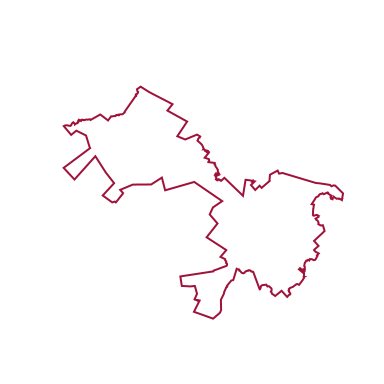 Villa Hidalgo, San Luis Potosí, Mexico, rotated 308°
{"feature_id": "50627088B95617722070364", "entity_name": "Villa Hidalgo", "entity_type": "district", "adm_level": 2, "iso_a3": "MEX", "parent_name": "Mexico", "parent_adm1": "San Luis Potosí", "projection": "orthographic", "projection_center": [-100.656, 22.682], "detail": "fine", "context": "isolated", "style": "outline", "palette": "rose", "viewbox_px": 384, "rotation_deg": 308, "n_neighbors": 0, "source": "geoboundaries", "source_scale": "gbopen_adm2", "svg_char_len": 5937}
<svg xmlns="http://www.w3.org/2000/svg" viewBox="0 0 384 384"><g transform="rotate(308 192 192)"><path d="M109.0,260.0L108.9,260.5L109.5,261.5L109.7,263.0L110.3,262.9L111.2,264.8L98.8,267.3L105.2,286.6L114.1,288.4L116.9,287.6L124.9,281.1L130.9,279.9L132.3,279.4L133.2,278.8L134.5,278.6L135.3,278.3L136.7,278.1L137.2,277.8L137.6,277.8L138.2,278.0L138.3,277.7L139.4,277.8L139.5,277.5L139.8,277.5L140.0,277.3L146.4,277.5L148.1,278.7L159.0,274.5L159.2,275.8L159.9,276.5L159.9,277.1L159.1,277.7L159.4,278.6L159.3,279.2L158.9,280.7L159.2,281.6L159.6,282.6L160.6,283.1L162.0,283.0L162.7,283.4L163.1,283.4L163.4,283.8L164.1,284.1L164.3,284.6L164.8,285.0L165.2,284.8L165.8,285.5L166.0,286.1L166.0,286.6L166.1,287.0L165.8,287.5L166.3,288.8L166.7,289.0L166.7,289.5L156.5,306.0L156.9,305.6L157.3,305.3L158.5,305.2L159.5,304.6L160.4,304.3L161.5,304.6L161.9,304.8L164.7,307.6L164.0,309.6L164.9,310.3L165.2,311.2L165.1,311.5L164.9,313.9L164.6,314.4L163.7,315.2L162.0,315.5L162.1,316.2L161.1,317.5L161.3,321.6L169.3,323.4L167.9,331.6L170.1,331.7L170.8,331.8L171.3,332.3L172.2,332.3L172.7,331.8L173.0,330.8L173.0,330.4L173.1,330.0L173.4,329.9L173.6,329.2L173.7,328.8L174.0,328.7L174.2,328.8L174.6,328.8L175.5,328.4L175.5,328.1L176.7,328.3L179.3,329.9L183.4,331.0L183.9,331.3L184.4,331.8L184.7,333.5L187.6,333.5L191.1,333.4L192.8,333.1L193.2,333.2L193.7,332.4L194.2,332.6L194.0,332.3L196.7,330.6L196.9,323.9L198.5,324.0L198.3,329.6L198.6,329.6L198.8,329.2L199.4,329.1L199.5,328.9L199.7,328.7L199.9,328.7L200.1,328.4L200.4,328.4L200.4,328.1L200.6,328.3L200.8,328.0L201.6,327.5L201.9,327.5L202.6,326.7L202.7,326.1L203.2,325.7L203.4,325.7L203.8,325.5L204.5,325.0L205.3,324.8L205.8,324.5L206.6,324.6L207.4,324.3L207.9,324.3L208.5,324.4L208.8,325.1L210.0,325.2L210.2,326.6L211.7,326.2L212.7,327.6L213.0,328.3L213.2,329.9L214.6,330.9L218.9,330.2L219.0,329.5L221.6,329.7L221.0,326.3L221.2,324.2L221.7,323.8L227.4,324.9L228.6,318.3L242.9,320.5L246.4,315.6L245.3,314.6L245.1,314.3L244.9,314.0L244.7,313.6L244.8,313.3L244.4,311.4L245.5,310.8L245.7,310.5L246.4,309.6L246.7,308.7L246.7,307.4L246.6,307.0L246.7,306.6L247.0,305.8L250.3,307.0L250.5,306.8L250.9,306.2L251.1,306.3L251.0,305.3L250.8,305.0L250.8,304.5L250.5,304.1L250.3,304.0L250.1,303.8L248.5,302.8L248.1,302.2L248.2,301.9L248.3,301.4L248.5,301.2L249.3,300.9L251.2,299.3L252.5,298.6L253.2,297.9L254.0,297.7L254.9,297.1L257.1,295.9L256.1,293.8L261.9,293.3L263.8,293.0L265.1,293.4L266.3,294.2L267.5,294.1L268.1,293.9L268.7,294.2L269.2,294.2L269.9,294.7L270.1,295.1L270.8,295.4L270.7,295.5L271.3,296.1L271.5,296.3L271.4,297.2L275.2,299.2L275.2,299.7L274.5,299.9L274.9,303.9L274.0,303.8L273.7,304.1L273.7,304.3L273.2,304.4L273.0,304.5L273.1,305.3L272.3,305.6L272.8,307.2L275.5,306.3L275.7,310.1L277.0,311.4L277.0,312.1L277.5,312.3L277.9,315.1L278.9,314.5L279.3,314.5L279.3,314.3L283.9,311.9L285.2,300.9L284.3,299.4L282.4,298.4L282.4,298.2L282.5,296.3L277.5,287.4L275.3,283.9L262.7,251.6L260.1,249.3L261.6,246.3L253.6,242.8L249.0,245.8L248.7,246.4L238.1,244.3L238.6,241.4L232.5,240.6L233.8,234.2L239.0,234.9L238.3,233.6L237.7,233.2L238.4,233.1L238.6,232.9L237.7,232.2L236.7,230.2L234.6,226.7L220.4,234.5L223.1,208.8L218.9,208.1L218.8,207.0L218.5,207.0L218.6,206.2L218.5,205.2L217.1,205.1L217.0,204.2L216.7,204.2L216.7,203.0L217.9,203.0L218.0,202.6L218.7,201.1L220.1,201.4L220.3,201.7L221.1,202.1L220.5,201.2L219.9,201.0L220.0,200.5L219.6,199.6L221.3,199.3L221.7,199.6L221.9,200.1L222.6,201.6L222.9,202.1L223.0,202.1L223.3,201.6L224.0,199.9L224.2,199.6L224.7,199.2L225.0,199.0L225.5,198.6L225.8,197.4L226.2,196.7L226.3,196.1L226.8,194.5L227.5,193.7L227.9,193.5L228.0,193.2L227.7,192.7L228.9,192.0L225.6,186.5L226.2,186.2L227.4,186.2L228.3,185.0L226.8,180.9L233.5,181.1L233.6,180.9L233.5,180.4L233.1,180.4L232.9,180.0L234.0,180.3L234.2,179.5L233.9,178.8L233.2,178.7L233.2,178.9L232.9,178.1L233.2,178.0L233.6,177.8L232.9,176.6L232.6,176.8L232.5,176.7L233.1,176.0L233.0,175.2L232.6,174.7L233.2,174.7L233.5,174.5L233.8,173.5L234.5,172.6L235.2,171.0L235.6,169.1L235.8,164.8L236.2,164.8L237.2,164.3L238.1,164.2L239.6,164.2L239.9,164.3L240.1,164.2L240.1,164.3L240.3,164.2L240.8,164.2L240.3,160.6L229.2,154.3L226.9,146.1L244.5,144.8L241.0,122.5L249.2,122.6L244.9,99.7L244.3,96.1L243.4,86.7L239.1,85.4L237.9,86.8L237.7,87.9L236.9,88.3L236.2,88.4L235.9,88.1L234.8,88.2L234.3,88.4L233.9,88.5L233.9,88.2L233.3,88.7L233.1,88.3L232.8,88.5L213.8,89.5L213.5,89.9L213.0,90.0L212.7,89.8L210.9,89.5L210.1,89.0L208.8,87.4L208.5,87.3L207.7,87.3L207.6,87.1L207.3,86.9L207.3,86.7L207.1,86.4L207.3,86.1L207.1,86.0L206.9,86.1L206.8,85.9L206.4,85.4L206.1,85.3L206.0,84.9L204.7,84.9L203.3,83.2L202.7,82.9L202.0,82.1L201.9,81.7L196.7,81.8L196.6,72.0L186.3,67.7L186.4,67.3L186.2,66.7L186.3,66.6L184.7,65.2L184.4,64.5L182.5,62.9L182.3,62.6L182.0,62.6L181.8,61.7L181.5,61.2L181.2,61.2L180.8,60.7L180.8,60.4L180.5,60.3L180.1,60.4L180.1,60.5L179.9,60.6L179.9,60.2L179.5,60.1L179.6,59.9L179.3,59.5L179.3,59.4L179.5,59.3L179.4,59.0L178.7,58.8L178.9,58.4L178.2,58.4L177.9,58.7L177.9,59.1L177.4,59.0L177.3,59.3L177.1,59.4L176.9,59.3L176.7,59.4L176.2,59.1L175.8,59.3L175.5,59.0L175.1,59.0L174.3,58.3L173.1,58.1L173.4,57.7L173.5,57.6L173.7,57.2L173.6,56.5L173.8,56.2L173.7,55.9L173.8,55.5L172.1,55.2L170.1,55.7L169.6,55.3L169.2,55.4L168.5,54.4L167.9,52.9L167.1,51.8L166.3,51.0L165.0,50.4L162.6,61.6L169.1,63.1L171.3,73.7L164.1,84.0L163.9,84.7L132.0,76.0L129.5,91.7L160.7,93.8L154.3,112.0L151.0,125.2L134.3,123.8L134.7,135.5L136.9,137.0L136.9,138.4L147.4,138.5L147.5,138.6L147.8,138.5L148.0,138.3L148.2,138.2L148.7,138.3L149.5,134.1L161.4,140.8L172.8,155.2L184.8,159.4L176.8,169.8L201.3,187.6L203.4,221.4L192.7,218.0L185.2,219.8L182.9,231.5L165.3,231.4L167.3,254.3L167.3,254.8L158.4,254.4L159.5,259.5L158.5,260.3L158.4,261.6L158.2,262.0L157.1,262.4L157.0,263.7L156.1,264.5L155.1,264.7L143.3,257.4L142.6,257.7L118.3,234.8L111.7,241.8L116.5,248.7L119.7,252.1L114.9,258.6L109.5,260.0L109.0,260.0Z" fill="none" stroke="#9f1239" stroke-width="2"/></g></svg>